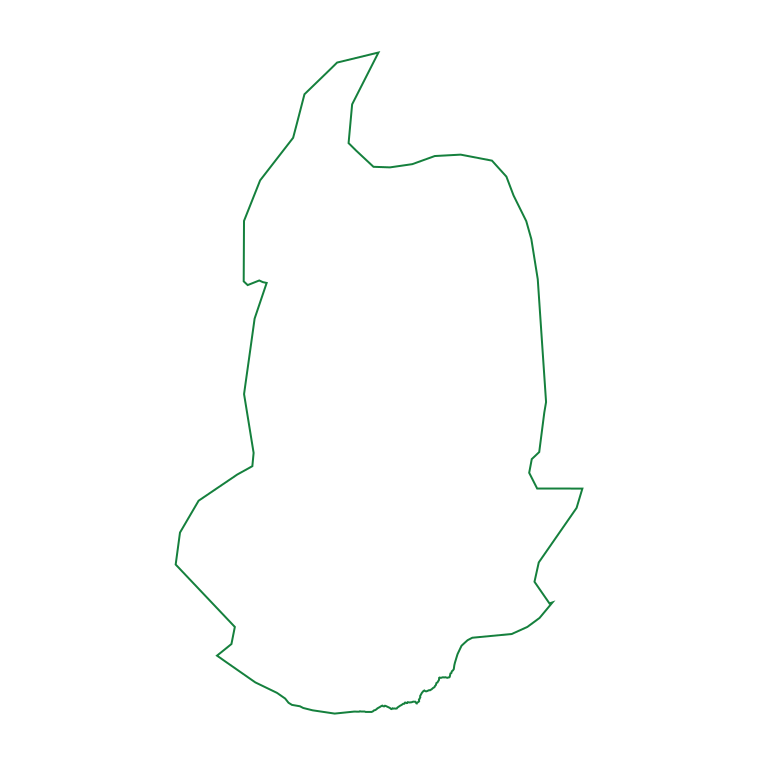 Krachi West, Volta, Ghana (Robinson projection), rotated 182°
{"feature_id": "2480657B78422611914106", "entity_name": "Krachi West", "entity_type": "district", "adm_level": 2, "iso_a3": "GHA", "parent_name": "Ghana", "parent_adm1": "Volta", "projection": "robinson", "projection_center": [-0.041, 7.895], "detail": "fine", "context": "isolated", "style": "outline", "palette": "green", "viewbox_px": 768, "rotation_deg": 182, "n_neighbors": 0, "source": "geoboundaries", "source_scale": "gbopen_adm2", "svg_char_len": 2295}
<svg xmlns="http://www.w3.org/2000/svg" viewBox="0 0 768 768"><g transform="rotate(182 384 384)"><path d="M541.4,106.7L533.0,101.2L502.2,81.3L480.2,71.6L471.8,66.2L468.3,62.1L464.8,60.1L456.8,59.0L453.4,57.4L444.0,55.4L421.8,52.9L402.2,55.6L398.5,55.6L397.3,55.7L396.6,56.1L396.1,55.9L393.9,55.9L392.0,56.0L390.8,55.6L386.7,55.8L385.0,55.8L383.6,56.5L382.7,57.4L381.2,57.9L379.9,58.9L379.4,59.5L377.8,60.5L377.2,60.8L376.4,61.4L375.0,62.3L374.3,62.5L373.8,62.0L372.6,61.8L371.8,62.5L370.8,62.2L366.9,60.5L365.6,59.5L365.0,59.4L364.7,59.8L364.1,60.2L363.5,59.9L362.3,60.1L361.5,60.0L360.8,60.0L359.9,60.2L359.3,61.1L358.2,61.9L356.6,63.1L355.3,63.8L353.8,65.0L352.5,65.2L352.3,65.8L352.0,66.3L351.6,66.4L350.9,66.2L350.4,65.9L349.6,66.0L349.2,66.8L348.9,66.8L348.0,66.7L347.0,66.6L346.3,66.8L345.2,66.9L344.2,67.4L343.3,67.6L342.9,67.5L341.7,67.6L341.2,67.1L340.9,66.7L340.5,66.0L340.1,65.9L339.8,66.7L339.2,67.0L338.2,67.7L337.8,68.3L337.9,68.7L338.1,69.6L337.8,70.3L337.4,70.6L337.3,71.2L336.8,72.0L336.9,72.7L337.0,73.4L335.4,76.6L333.9,78.5L333.0,79.1L332.3,78.6L331.3,78.3L330.7,78.4L328.2,79.6L327.4,79.5L325.7,80.6L324.5,81.8L323.0,82.8L322.5,84.0L321.8,84.7L321.1,87.1L320.1,87.6L319.7,88.6L318.9,89.7L318.7,90.7L318.6,92.3L318.0,92.6L317.5,92.3L316.5,92.4L316.1,92.6L314.8,93.0L313.7,92.8L312.6,93.1L311.0,92.7L310.3,92.6L309.4,93.0L308.8,93.0L308.1,93.6L307.5,97.0L306.6,97.5L306.2,99.2L305.1,100.2L304.3,101.5L303.9,105.4L303.4,107.9L301.3,115.8L301.0,116.8L297.7,124.4L297.4,125.1L294.8,127.7L291.5,130.9L286.9,133.5L247.7,138.6L232.3,146.2L220.4,155.6L208.0,171.6L211.0,170.5L219.5,181.9L226.7,191.6L223.1,211.1L187.2,266.9L182.1,286.4L227.3,284.9L235.8,300.3L233.7,314.1L226.5,321.4L222.8,361.1L221.4,371.6L234.0,494.1L241.8,533.9L247.5,551.7L261.1,576.9L268.9,595.5L283.9,611.0L315.4,615.9L341.2,613.6L363.4,604.7L385.6,600.7L402.1,600.7L419.9,616.2L427.8,623.5L425.6,662.4L401.1,715.1L442.1,703.6L449.7,695.6L473.6,670.8L480.2,641.1L483.4,626.9L514.9,583.2L529.6,542.1L527.8,481.7L523.7,478.1L512.3,483.1L508.7,481.6L504.8,480.9L515.6,444.8L516.2,438.9L519.6,406.3L522.7,376.9L523.5,369.0L511.9,310.6L512.7,297.3L527.5,288.4L565.2,260.9L582.7,228.4L583.6,219.4L585.9,196.3L555.1,166.0L524.6,136.0L527.4,118.8L541.4,106.7Z" fill="none" stroke="#15803d" stroke-width="2"/></g></svg>